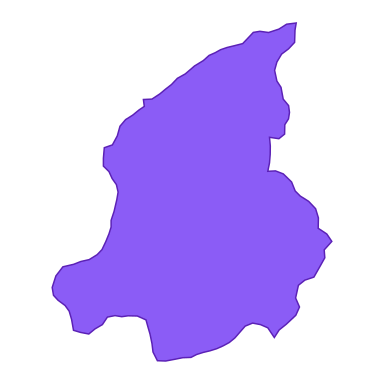 Córrego do Bom Jesus, Minas Gerais, Brazil (Albers equal-area conic projection)
{"feature_id": "56859067B97735160434443", "entity_name": "Córrego do Bom Jesus", "entity_type": "district", "adm_level": 2, "iso_a3": "BRA", "parent_name": "Brazil", "parent_adm1": "Minas Gerais", "projection": "albers", "projection_center": [-45.994, -22.626], "detail": "fine", "context": "isolated", "style": "filled", "palette": "violet", "viewbox_px": 384, "rotation_deg": 0, "n_neighbors": 0, "source": "geoboundaries", "source_scale": "gbopen_adm2", "svg_char_len": 1657}
<svg xmlns="http://www.w3.org/2000/svg" viewBox="0 0 384 384"><path d="M274.3,337.5L279.2,329.9L286.2,324.3L295.8,315.3L299.5,307.0L295.6,298.0L298.4,285.3L304.9,280.1L313.9,277.1L320.1,266.2L324.8,257.8L324.2,249.9L331.8,241.4L326.8,234.0L318.2,228.3L318.4,217.9L315.6,208.7L308.6,201.3L300.3,196.1L295.2,191.0L291.6,182.0L283.3,173.9L275.5,170.9L267.8,171.3L269.5,162.9L270.2,154.3L270.3,146.0L269.5,137.3L278.9,138.7L284.6,134.1L284.8,124.7L288.5,118.9L289.5,112.4L288.6,105.6L283.2,99.1L281.0,87.3L276.9,81.1L274.6,70.3L276.9,62.0L281.6,54.1L288.5,48.9L294.6,42.4L295.0,30.2L296.2,23.0L286.6,24.2L278.9,29.1L268.6,32.5L259.9,31.3L253.3,32.4L248.9,37.1L242.7,43.6L234.0,45.8L227.0,47.5L220.6,49.7L215.0,52.8L209.1,55.4L203.3,60.6L194.6,65.9L185.3,73.9L177.4,78.3L171.4,84.6L165.6,89.1L159.7,94.0L151.9,99.1L143.4,99.5L144.3,106.4L139.1,109.9L132.6,115.2L125.6,119.6L120.0,126.2L117.3,135.9L112.4,144.9L104.3,147.7L103.4,158.3L103.4,166.1L109.0,171.6L112.1,178.5L116.4,184.6L118.1,192.1L116.8,199.7L114.1,211.3L111.1,220.4L111.1,227.1L109.0,233.8L105.8,241.6L102.0,249.6L97.1,254.7L89.2,259.6L80.8,261.5L73.7,264.3L62.9,266.8L55.9,275.9L52.2,287.5L53.5,295.3L58.2,300.4L65.1,305.5L69.2,311.2L71.6,319.5L73.5,330.3L80.5,332.4L88.8,334.0L95.0,328.9L102.4,324.6L107.4,317.1L115.0,315.6L121.8,316.7L128.1,315.8L137.3,316.0L146.0,319.9L148.1,327.5L150.0,334.0L152.0,343.7L153.0,352.0L157.4,360.7L165.7,361.0L174.7,359.3L182.7,357.7L191.0,357.4L196.6,354.5L203.3,352.4L210.0,350.8L216.7,348.7L223.2,345.8L229.3,342.5L234.9,337.9L240.3,331.7L245.2,326.1L252.6,323.1L260.5,324.6L267.8,327.8L274.3,337.5Z" fill="#8b5cf6" stroke="#5b21b6" stroke-width="1.5"/></svg>